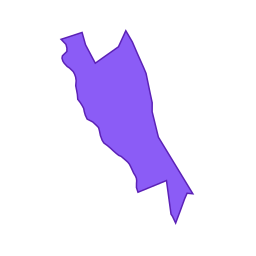 Angical do Piauí, Piauí, Brazil (Equal Earth projection), rotated 164°
{"feature_id": "56859067B59305730389641", "entity_name": "Angical do Piauí", "entity_type": "district", "adm_level": 2, "iso_a3": "BRA", "parent_name": "Brazil", "parent_adm1": "Piauí", "projection": "equal_earth", "projection_center": [-42.727, -6.089], "detail": "fine", "context": "isolated", "style": "filled", "palette": "violet", "viewbox_px": 256, "rotation_deg": 164, "n_neighbors": 0, "source": "geoboundaries", "source_scale": "gbopen_adm2", "svg_char_len": 1101}
<svg xmlns="http://www.w3.org/2000/svg" viewBox="0 0 256 256"><g transform="rotate(164 128 128)"><path d="M145.8,232.5L156.5,232.1L158.7,232.0L167.9,231.7L164.6,225.5L164.7,221.6L165.7,218.4L168.5,216.9L171.2,215.4L172.2,213.3L172.2,210.4L171.5,207.9L169.5,203.9L167.7,201.8L166.6,199.9L165.1,197.3L164.5,194.5L164.3,191.4L164.8,187.8L166.6,183.0L167.0,178.4L167.4,174.3L168.4,169.4L166.9,165.7L165.9,162.3L165.2,159.1L165.5,155.7L165.5,152.1L164.8,147.8L162.4,145.6L160.2,143.5L157.5,139.0L156.2,136.5L156.2,133.5L156.6,128.3L156.2,123.2L155.3,120.2L152.7,116.9L150.5,113.6L148.4,110.1L146.3,106.8L144.4,104.2L142.5,102.7L140.4,99.6L138.7,97.0L137.6,95.2L136.6,92.8L136.1,90.1L135.6,87.1L135.0,83.1L134.1,79.9L133.8,77.4L134.2,74.9L135.1,72.4L136.3,68.4L136.1,63.5L105.5,66.9L110.4,33.3L109.6,30.8L108.4,23.5L100.3,34.4L93.4,43.9L89.2,49.0L83.8,46.9L101.3,110.7L101.2,114.6L100.3,137.0L97.8,145.6L97.1,155.7L96.4,165.0L95.6,175.5L96.3,181.4L98.5,197.0L100.1,209.5L103.3,222.1L114.8,208.7L133.4,202.2L141.6,199.3L145.9,219.7L145.8,232.5Z" fill="#8b5cf6" stroke="#5b21b6" stroke-width="1.5"/></g></svg>